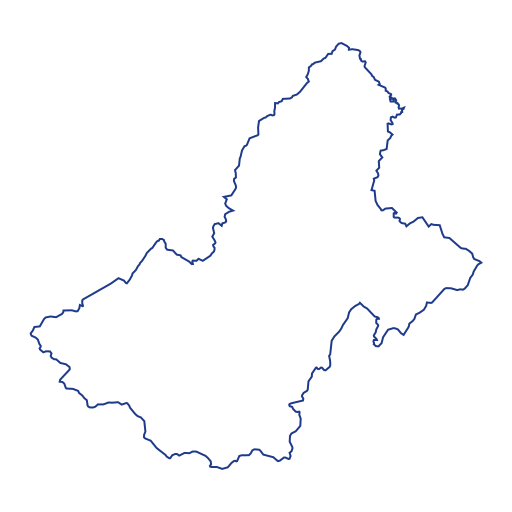 outline of Lam Ha, Lâm Đồng, Vietnam
{"feature_id": "81297802B58085294619279", "entity_name": "Lam Ha", "entity_type": "district", "adm_level": 2, "iso_a3": "VNM", "parent_name": "Vietnam", "parent_adm1": "Lâm Đồng", "projection": "albers", "projection_center": [108.219, 11.861], "detail": "fine", "context": "isolated", "style": "outline", "palette": "blue", "viewbox_px": 512, "rotation_deg": 0, "n_neighbors": 0, "source": "geoboundaries", "source_scale": "gbopen_adm2", "svg_char_len": 6000}
<svg xmlns="http://www.w3.org/2000/svg" viewBox="0 0 512 512"><path d="M392.5,134.6L389.7,132.2L387.9,131.5L387.6,123.7L388.6,123.4L391.3,124.4L392.6,124.1L392.5,123.1L390.6,120.1L390.9,117.4L392.5,116.6L394.5,117.6L395.8,117.5L397.0,114.6L399.7,114.5L401.0,113.2L401.2,112.1L402.2,112.0L402.0,109.6L403.5,109.0L404.0,107.7L402.0,108.6L398.9,108.6L398.6,107.0L399.1,105.4L398.6,104.3L397.3,103.6L397.3,102.9L395.6,102.6L395.5,101.8L396.2,100.4L395.0,98.4L392.7,98.5L393.8,100.4L393.5,101.5L390.6,101.5L390.0,99.3L391.6,98.8L391.9,98.1L391.4,97.5L389.8,97.4L389.6,96.8L391.2,94.9L391.1,94.2L388.4,92.9L387.5,91.5L385.7,90.7L385.7,88.5L385.1,87.6L378.6,84.8L379.7,84.0L378.9,81.7L375.0,79.8L373.7,77.0L372.0,75.8L371.5,74.4L364.8,67.2L364.5,66.2L365.7,62.3L364.9,61.2L362.8,61.6L361.9,61.2L361.1,60.6L360.9,59.1L360.1,58.9L359.4,55.5L360.5,52.2L359.6,50.8L357.8,50.0L352.2,49.2L348.9,49.7L349.0,47.7L346.9,45.9L341.5,43.1L338.7,43.7L336.1,46.6L335.0,49.5L332.5,51.2L331.6,53.9L328.2,53.9L325.4,57.9L323.6,58.6L321.0,61.2L314.7,62.7L313.0,64.2L312.2,64.2L310.7,66.2L308.9,67.4L308.8,71.0L307.7,74.5L306.2,77.0L307.8,78.8L308.8,81.6L307.0,83.0L300.0,91.8L296.9,94.5L292.8,95.9L292.0,97.3L290.0,98.5L282.8,98.9L281.7,101.2L278.9,102.1L277.9,103.4L275.1,103.0L275.0,107.5L274.3,111.3L274.5,114.1L273.9,115.2L272.2,115.4L270.9,114.7L269.9,114.9L267.2,116.1L265.6,117.5L264.0,117.9L259.0,121.0L258.1,127.4L258.4,134.5L257.8,135.2L249.6,138.3L246.9,144.9L245.9,145.8L244.5,146.2L242.0,150.5L240.6,156.6L239.8,158.5L239.0,165.7L235.0,170.1L235.8,173.4L235.9,177.5L234.1,178.9L233.9,181.0L235.7,185.2L236.1,187.4L235.4,189.1L231.3,195.4L223.9,196.9L226.8,199.3L225.2,203.5L226.1,205.8L228.9,208.2L233.0,210.6L229.0,211.8L225.2,214.2L224.6,216.8L225.9,219.4L226.2,221.5L225.1,222.5L222.4,223.3L221.7,225.8L218.5,223.2L214.7,224.1L213.2,226.6L213.0,228.2L214.2,233.2L212.3,236.6L214.9,240.9L215.5,242.6L215.1,243.4L213.1,244.9L213.4,246.3L214.6,247.9L214.4,250.4L213.7,251.8L211.8,253.5L210.4,255.7L202.8,260.8L198.5,258.8L196.5,260.8L192.8,260.6L192.3,261.3L192.9,264.0L191.8,264.1L188.9,261.4L181.4,257.1L180.6,255.4L176.7,254.6L173.0,250.5L167.2,249.7L165.7,247.8L165.7,243.7L164.4,241.8L163.9,240.0L162.2,239.0L159.8,239.0L158.8,240.7L157.7,240.9L156.5,241.9L152.3,248.0L151.1,248.6L146.8,253.0L145.5,255.7L142.0,261.0L140.0,263.1L139.5,264.5L138.0,266.1L135.9,270.0L132.5,273.5L132.1,275.3L129.9,279.4L126.9,283.3L125.8,282.9L124.0,280.6L118.5,278.2L110.8,283.6L83.2,299.3L82.3,300.3L82.2,303.0L83.0,305.9L82.7,306.2L79.9,305.0L79.3,308.3L77.6,311.2L75.8,311.4L71.9,310.3L63.5,310.5L63.2,312.4L61.9,314.0L56.1,317.2L50.6,316.5L45.8,317.4L44.1,318.9L39.8,326.4L34.4,327.0L32.7,330.8L30.7,333.3L30.9,334.4L31.7,335.8L35.5,337.5L37.8,339.5L39.4,344.0L40.7,345.8L40.7,346.7L39.6,348.4L40.1,349.6L43.3,352.3L46.1,351.3L49.9,351.4L51.5,353.4L50.7,355.9L51.6,357.7L54.1,359.2L56.3,359.4L60.4,363.0L65.8,364.2L69.5,367.0L69.8,369.0L69.4,369.8L60.2,379.6L59.7,381.7L62.4,382.0L64.3,383.6L65.8,387.9L66.4,388.5L72.9,388.9L78.2,390.9L79.0,392.9L82.3,395.5L84.2,398.0L86.8,400.2L87.6,405.5L88.1,406.4L89.7,407.4L93.0,407.5L95.3,406.7L98.0,404.4L103.4,404.4L108.5,402.5L112.5,402.7L118.0,402.2L121.7,404.6L126.4,403.0L127.3,403.3L129.2,405.6L130.0,407.7L135.3,414.1L137.6,416.1L140.8,417.4L144.3,421.1L145.4,431.6L144.1,434.8L144.0,437.3L145.3,438.5L150.7,440.7L156.6,448.0L165.7,455.1L166.7,456.6L169.4,458.3L170.2,458.2L172.3,455.2L175.2,454.0L176.9,454.0L179.2,455.6L184.6,452.9L189.4,453.2L192.7,451.5L196.1,451.5L205.6,455.9L208.1,458.2L210.7,461.3L211.1,464.3L209.9,465.9L210.1,466.6L211.4,467.0L216.9,467.0L222.3,468.9L227.8,467.3L231.5,462.9L234.0,461.0L235.3,460.8L236.4,461.4L237.1,461.1L239.3,456.0L241.6,455.3L248.9,455.2L250.7,453.4L252.4,450.3L254.5,449.3L259.1,449.7L260.2,450.5L263.3,454.6L273.3,457.2L277.8,461.1L279.8,460.7L284.0,457.5L285.3,457.5L288.5,459.0L289.5,458.8L290.6,456.0L289.6,452.8L291.5,451.3L292.5,448.3L292.3,447.0L289.7,441.7L290.0,436.0L291.4,433.5L295.7,431.3L300.3,425.9L300.7,418.6L299.3,414.8L299.6,412.1L299.2,411.6L297.3,412.0L295.8,411.7L293.2,409.1L292.1,406.8L289.7,406.2L289.2,404.8L289.6,404.0L291.2,403.3L303.0,400.5L303.3,398.7L301.9,396.2L302.2,395.1L303.6,392.9L306.9,390.9L307.7,389.7L308.5,381.3L311.8,376.6L312.0,373.5L315.9,367.7L316.6,367.5L317.5,368.8L318.2,369.1L319.4,368.9L320.7,367.7L322.0,367.7L324.1,370.1L325.6,370.3L329.7,366.8L330.3,365.1L330.1,360.6L329.1,356.0L330.2,354.3L331.7,340.7L334.4,336.4L339.1,331.7L341.2,328.7L343.0,324.9L347.7,318.2L349.1,312.4L351.2,309.2L354.9,306.2L359.2,303.8L359.9,302.8L363.8,306.6L367.1,308.5L374.7,316.5L377.6,317.2L378.7,318.0L378.9,318.8L376.9,318.9L376.3,319.7L376.2,322.9L378.1,324.9L378.2,325.8L376.3,329.4L375.7,332.3L373.8,335.4L374.1,336.6L376.5,339.0L376.9,340.0L373.9,340.0L373.4,341.2L374.1,343.4L373.8,344.2L375.8,346.1L378.5,346.4L381.6,343.1L383.1,337.2L388.1,329.7L393.6,328.1L396.0,328.6L398.0,329.5L400.9,333.1L403.6,334.9L408.6,327.0L409.4,323.6L412.6,321.1L414.4,318.9L415.9,314.5L419.6,312.7L423.9,309.7L426.2,305.8L426.9,302.5L431.1,302.9L432.1,302.5L444.4,288.9L446.2,288.1L451.1,288.3L457.2,290.1L460.3,289.3L462.8,289.7L464.6,288.7L467.7,285.3L470.3,277.8L472.7,274.7L473.7,271.5L477.1,265.7L478.2,264.4L481.3,262.7L479.6,261.2L474.2,259.0L473.2,257.3L472.2,253.6L469.0,250.8L465.8,248.8L462.4,248.5L460.7,247.9L449.4,238.0L444.2,237.3L442.4,233.6L439.7,225.2L433.5,224.8L431.3,224.1L428.7,226.6L422.4,217.3L417.9,218.0L413.4,221.7L410.0,223.3L406.4,226.3L405.2,223.7L401.8,223.1L400.6,222.3L399.5,220.9L400.0,219.0L399.3,218.1L398.0,217.6L394.5,217.6L393.7,216.9L393.7,213.3L394.3,213.0L395.9,213.7L396.7,212.6L391.9,208.0L385.4,208.6L383.0,210.3L381.4,210.3L380.7,208.9L377.6,205.1L375.6,200.9L374.6,190.8L371.5,190.1L374.2,180.6L373.8,178.7L377.5,177.2L378.4,175.7L378.1,173.5L376.4,170.7L379.2,167.7L378.8,161.1L382.3,157.4L379.9,154.2L380.4,151.4L380.7,150.6L383.5,150.2L386.6,149.0L387.7,140.4L390.2,138.1L391.3,135.7L392.5,134.6Z" fill="none" stroke="#1e3a8a" stroke-width="2"/></svg>